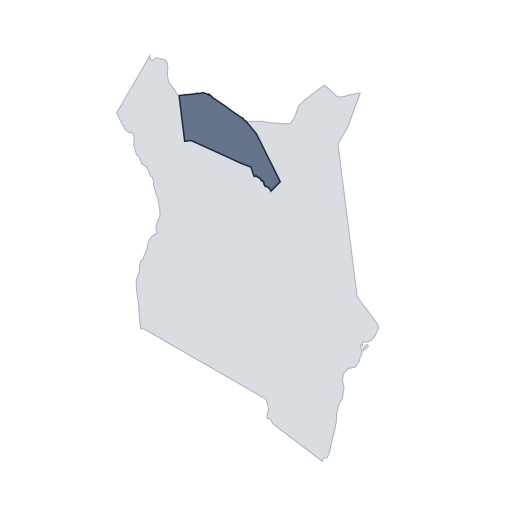 North Horr, Eastern, Kenya (highlighted), rotated 353°
{"feature_id": "3690345B4448118045148", "entity_name": "North Horr", "entity_type": "district", "adm_level": 2, "iso_a3": "KEN", "parent_name": "Kenya", "parent_adm1": "Eastern", "projection": "equal_earth", "projection_center": [38.048, 3.18], "detail": "fine", "context": "in_parent", "style": "filled", "palette": "slate", "viewbox_px": 512, "rotation_deg": 353, "n_neighbors": 0, "source": "geoboundaries", "source_scale": "gbopen_adm2", "svg_char_len": 6228}
<svg xmlns="http://www.w3.org/2000/svg" viewBox="0 0 512 512"><g transform="rotate(353 256 256)"><path d="M132.8,314.3L132.7,307.2L133.5,289.2L133.4,273.3L134.1,265.4L137.0,260.4L138.3,256.7L139.3,251.6L140.8,247.4L144.2,244.0L144.9,242.2L148.5,236.5L150.7,229.2L152.4,226.8L154.4,224.5L155.9,223.3L158.3,222.1L160.2,221.4L160.5,220.8L160.7,219.6L160.0,215.1L160.8,213.6L162.1,210.6L163.6,207.8L164.9,206.0L165.6,204.2L166.0,201.0L166.1,198.8L166.0,195.1L165.6,186.8L164.1,179.8L163.1,172.0L163.8,169.4L162.6,164.8L162.0,164.6L161.0,163.6L159.8,159.3L158.8,155.3L158.2,154.3L154.1,150.9L152.0,142.8L149.7,141.0L148.5,132.9L148.2,130.6L149.6,122.5L149.4,120.7L148.1,119.0L144.2,117.3L141.0,113.9L141.4,112.8L141.7,111.6L140.0,110.8L135.2,97.0L141.4,88.8L147.7,80.4L155.8,69.8L163.1,60.1L169.5,51.7L175.2,44.2L175.0,45.6L175.1,47.5L175.8,48.7L176.9,49.5L178.6,48.6L180.0,47.4L181.4,47.2L189.9,50.3L191.3,53.0L191.2,56.0L191.6,58.1L190.9,60.2L190.2,66.7L190.4,72.6L192.9,77.0L195.2,80.4L197.0,85.2L198.4,86.7L200.2,87.5L206.1,87.7L214.8,88.0L223.1,88.3L223.9,88.4L225.6,89.1L233.3,95.6L240.3,101.6L246.3,106.8L252.1,111.8L257.7,116.7L262.1,120.8L266.4,122.0L273.3,122.6L278.2,122.8L282.6,124.5L289.3,126.1L294.2,126.9L297.2,127.8L305.5,128.8L306.9,128.2L310.6,123.7L314.7,116.4L316.3,112.3L321.6,108.3L330.9,102.7L337.4,98.8L344.7,94.8L348.1,98.3L352.6,103.8L354.7,106.5L356.3,107.7L358.8,108.5L361.8,108.5L363.5,108.4L366.9,107.7L374.8,107.0L379.3,107.1L375.5,114.4L371.0,123.2L362.6,139.4L356.2,147.9L351.4,154.3L350.9,155.5L351.0,162.6L351.0,180.2L351.2,215.2L351.3,250.3L351.4,285.4L351.4,302.9L351.4,308.8L355.7,316.2L359.8,323.4L365.3,333.0L368.2,338.1L368.7,339.8L368.5,343.2L364.0,350.3L360.3,353.6L355.4,355.1L353.9,354.8L351.9,353.8L351.2,355.5L350.6,358.2L349.5,357.6L348.7,356.8L349.2,361.6L349.7,363.9L348.9,367.1L346.5,369.9L346.3,372.2L341.1,378.3L333.7,379.0L329.8,382.0L328.0,384.5L326.7,389.9L327.2,398.3L325.1,404.7L324.7,407.9L320.9,412.1L319.2,415.9L317.9,419.8L316.9,421.5L315.6,430.2L313.8,435.4L313.3,437.2L312.8,438.8L311.5,441.9L310.6,444.0L309.9,445.4L305.4,458.9L301.9,465.1L299.1,464.4L297.3,466.7L297.1,467.8L296.1,467.2L293.8,465.0L289.1,460.4L284.3,455.8L279.6,451.2L274.9,446.6L270.1,442.0L265.4,437.4L260.7,432.8L255.9,428.2L253.1,425.5L251.9,423.9L251.0,420.8L250.5,420.0L249.2,419.0L247.7,418.7L247.3,418.1L247.3,416.6L247.8,414.4L249.6,410.2L249.8,407.7L249.4,404.9L248.9,400.4L248.4,399.4L245.3,397.0L238.7,392.0L232.1,387.1L225.5,382.1L218.9,377.2L212.3,372.2L205.8,367.3L199.2,362.3L192.6,357.4L186.0,352.4L179.4,347.5L172.8,342.5L166.2,337.6L159.6,332.6L153.1,327.7L146.5,322.7L139.9,317.8L137.4,315.9L135.2,314.3L132.8,314.3ZM351.9,362.5L350.7,362.8L351.3,360.4L354.7,357.4L356.1,358.1L356.4,358.8L356.3,359.4L355.7,360.0L351.9,362.5Z" fill="#d9dde1" stroke="#a8b0b8" stroke-width="1"/><path d="M288.5,183.2L288.3,182.8L288.1,182.3L287.8,181.6L286.9,178.9L286.7,178.4L286.5,177.8L286.1,176.7L285.9,176.1L285.4,174.8L285.2,174.1L284.7,172.6L282.2,165.5L281.5,163.7L279.2,157.3L276.3,148.9L275.9,147.8L275.7,147.3L275.0,145.1L274.8,144.6L273.8,141.9L271.7,135.9L271.5,135.4L271.3,134.9L269.7,132.3L263.4,122.5L263.1,122.1L262.9,121.7L262.3,121.0L262.0,120.8L261.6,120.3L261.2,119.9L260.9,119.7L260.7,119.4L260.5,119.1L260.4,119.0L260.4,118.9L260.2,118.8L260.2,118.6L260.0,118.4L259.9,118.3L259.9,118.0L259.7,117.4L259.4,117.3L259.2,117.3L258.4,116.7L257.9,116.3L257.3,116.0L256.9,115.6L256.6,115.3L256.4,115.1L255.8,114.6L255.4,114.2L254.7,113.6L254.4,113.3L253.5,112.5L253.3,112.4L252.8,112.0L252.2,111.5L251.8,111.1L250.8,110.1L250.4,109.8L249.8,109.3L249.5,109.0L248.9,108.4L248.6,108.2L248.1,107.5L247.7,107.2L246.6,106.3L245.7,105.4L244.0,103.7L243.7,103.5L242.6,102.4L242.1,102.0L241.8,101.8L241.7,101.7L241.4,101.5L241.1,101.2L240.7,100.8L239.1,99.4L238.5,98.9L238.3,98.7L237.8,98.3L236.8,97.4L236.6,97.3L236.2,96.9L235.9,96.7L235.5,96.3L235.1,95.9L234.7,95.6L233.4,94.5L233.2,94.3L232.8,93.9L232.6,94.0L232.5,93.9L232.3,93.7L232.0,93.4L231.6,92.4L231.4,92.2L231.3,91.9L231.0,91.7L230.9,91.7L230.6,91.7L230.4,91.3L230.2,91.1L230.1,90.8L230.0,90.6L229.9,90.6L229.5,90.1L229.5,90.3L229.4,90.4L229.2,90.7L228.9,90.5L228.9,90.4L228.7,90.4L228.5,90.2L228.2,89.9L228.1,89.7L227.9,89.7L227.3,89.6L227.3,89.4L225.8,88.5L224.8,88.2L223.7,87.5L222.8,87.5L221.8,87.6L219.8,87.8L219.3,87.8L218.7,87.8L218.1,87.8L217.6,87.3L217.0,87.3L214.6,87.7L213.6,87.6L212.4,87.6L212.0,87.6L210.6,87.6L210.0,87.6L209.6,87.6L208.0,87.5L205.8,87.4L205.6,87.3L205.3,87.2L204.9,87.4L199.2,87.4L199.2,94.6L199.2,103.8L199.2,133.5L205.6,133.4L243.1,156.4L253.1,162.6L256.4,164.3L257.6,164.9L260.6,166.5L261.4,167.0L261.8,167.1L262.5,170.5L263.8,176.7L264.0,176.9L264.3,176.9L264.5,176.9L264.9,176.8L265.0,176.7L265.3,176.6L265.5,176.4L265.5,176.5L265.8,176.6L266.0,176.8L266.2,177.0L266.3,177.0L266.5,177.1L266.8,177.4L266.9,177.6L267.1,177.8L267.3,177.9L267.4,178.0L267.5,178.0L267.7,178.3L267.8,178.3L267.9,178.5L268.0,178.6L268.3,178.7L268.5,178.7L268.5,178.8L268.8,178.8L269.0,179.0L269.2,179.3L269.3,179.4L269.4,179.5L269.5,179.5L269.8,179.9L269.8,180.0L269.9,180.3L270.0,180.3L270.1,180.5L270.1,180.8L270.1,181.1L270.1,181.3L270.2,181.5L270.3,181.5L270.5,181.6L270.8,181.6L271.0,181.7L271.0,181.8L271.1,182.0L271.3,182.2L271.3,182.3L271.5,182.4L271.5,182.5L271.8,182.5L272.0,182.6L272.1,182.9L272.2,183.0L272.3,183.1L272.3,183.3L272.3,183.5L272.5,183.7L272.7,183.8L272.8,183.9L272.8,184.0L272.7,184.1L272.7,184.3L272.7,184.5L272.6,184.8L272.7,185.0L272.7,185.4L272.7,185.6L272.8,185.6L272.8,185.8L273.0,186.0L273.0,186.3L273.1,186.5L273.1,186.8L273.1,187.0L273.2,187.3L273.3,187.3L273.4,187.6L273.5,187.6L273.6,187.8L273.8,187.9L273.9,188.0L274.0,188.0L274.3,188.2L274.7,188.4L275.0,188.5L275.5,188.8L276.0,189.1L276.3,189.3L276.6,189.7L276.9,189.9L277.1,190.2L277.3,190.4L277.5,190.7L277.6,190.9L277.8,191.1L277.9,191.3L278.0,191.6L278.2,191.9L278.3,192.0L278.5,192.4L278.6,192.7L278.8,193.1L278.8,193.4L280.5,192.1L280.7,191.9L281.6,191.2L283.6,189.7L283.8,189.6L284.0,189.4L284.3,189.1L285.2,188.3L287.0,186.9L288.8,185.5L289.1,185.2L288.9,185.0L288.9,184.9L288.8,184.6L288.8,184.4L288.7,184.1L288.6,183.9L288.6,183.6L288.5,183.4L288.5,183.2Z" fill="#64748b" stroke="#1e293b" stroke-width="1.5"/></g></svg>